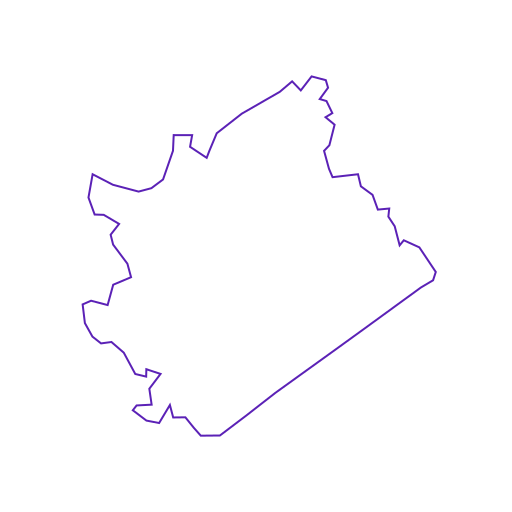 the district of Caroline, Virginia, United States of America, rotated 194°
{"feature_id": "52423323B80552302614844", "entity_name": "Caroline", "entity_type": "district", "adm_level": 2, "iso_a3": "USA", "parent_name": "United States of America", "parent_adm1": "Virginia", "projection": "mercator", "projection_center": [-77.316, 38.015], "detail": "fine", "context": "isolated", "style": "outline", "palette": "violet", "viewbox_px": 512, "rotation_deg": 194, "n_neighbors": 0, "source": "geoboundaries", "source_scale": "gbopen_adm2", "svg_char_len": 1097}
<svg xmlns="http://www.w3.org/2000/svg" viewBox="0 0 512 512"><g transform="rotate(194 256 256)"><path d="M78.3,275.3L77.7,284.0L99.6,303.9L116.4,307.0L119.2,301.1L128.6,318.4L137.1,326.2L138.2,334.3L149.0,330.5L157.7,343.5L171.1,349.0L176.8,360.0L200.8,351.0L206.3,358.3L215.4,374.5L211.6,381.2L211.5,402.4L222.1,407.5L216.5,413.1L225.1,423.4L232.1,423.7L226.8,436.7L230.8,443.5L245.5,443.7L252.6,427.5L263.2,434.2L272.6,421.1L304.2,390.7L323.8,365.6L326.7,346.7L327.6,339.3L346.4,346.0L347.2,357.8L365.1,353.4L362.0,338.0L364.7,307.8L373.9,296.5L385.5,290.1L412.1,290.5L434.3,295.8L432.7,272.2L422.6,257.2L413.7,259.1L396.6,254.0L402.2,241.5L397.4,232.5L378.9,217.4L372.1,205.2L387.6,193.6L388.1,172.5L405.2,172.7L412.5,167.1L405.8,149.5L395.2,138.2L385.2,133.7L375.5,137.6L360.9,130.2L344.6,112.3L333.4,112.4L335.0,119.6L320.1,118.5L327.4,101.4L321.3,86.5L335.7,82.1L338.2,76.5L322.5,69.8L309.6,70.5L303.5,90.6L297.3,79.3L285.5,82.4L274.7,74.2L266.1,68.3L247.6,73.1L227.2,98.4L204.1,127.9L155.6,185.2L134.8,209.9L88.4,265.3L78.3,275.3Z" fill="none" stroke="#5b21b6" stroke-width="2"/></g></svg>